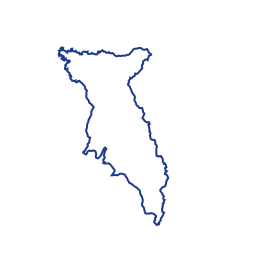 outline of Antônio João, Mato Grosso do Sul, Brazil, rotated 246°
{"feature_id": "56859067B56102321418864", "entity_name": "Antônio João", "entity_type": "district", "adm_level": 2, "iso_a3": "BRA", "parent_name": "Brazil", "parent_adm1": "Mato Grosso do Sul", "projection": "albers", "projection_center": [-55.96, -22.223], "detail": "fine", "context": "isolated", "style": "outline", "palette": "blue", "viewbox_px": 256, "rotation_deg": 246, "n_neighbors": 0, "source": "geoboundaries", "source_scale": "gbopen_adm2", "svg_char_len": 5876}
<svg xmlns="http://www.w3.org/2000/svg" viewBox="0 0 256 256"><g transform="rotate(246 128 128)"><path d="M226.8,100.8L226.4,99.6L225.9,98.5L226.7,97.5L226.8,96.4L225.7,96.4L224.7,95.9L224.1,95.2L223.4,94.6L222.1,94.5L222.9,95.6L222.1,96.6L220.9,96.3L220.7,97.6L219.3,98.5L218.3,97.9L218.9,96.6L218.4,95.5L217.7,96.2L216.6,96.4L215.7,97.2L216.6,98.0L216.8,99.5L215.4,99.3L214.1,99.7L213.9,101.2L213.1,102.1L212.3,101.7L212.0,100.6L212.1,99.5L212.0,98.4L211.3,97.3L210.9,96.3L209.9,96.6L209.2,95.4L208.5,94.7L207.3,94.5L206.7,95.2L206.8,96.8L205.7,96.3L204.9,95.7L203.3,96.1L202.4,96.8L201.5,96.9L200.6,96.8L200.0,96.1L199.6,96.9L198.7,97.2L197.9,97.1L197.8,95.9L196.8,95.4L195.3,96.0L193.8,96.2L193.4,97.1L192.8,98.1L192.7,99.4L191.6,98.9L190.8,99.4L190.5,100.5L191.2,101.6L190.8,102.9L189.7,103.1L188.6,103.7L187.6,104.3L186.2,104.6L184.4,105.4L182.9,105.4L181.0,104.8L179.8,105.4L178.7,105.6L177.5,104.5L176.1,103.8L175.3,103.7L174.6,103.1L173.7,102.6L172.5,102.5L170.9,102.6L169.7,103.2L168.8,103.3L168.0,103.0L166.8,102.9L165.8,103.5L163.6,104.5L162.0,104.8L161.0,105.2L160.2,104.4L159.4,102.9L157.7,101.0L155.7,100.3L155.0,99.8L152.4,96.7L152.0,95.7L151.0,95.1L150.1,94.4L149.5,93.7L148.5,93.0L147.9,92.1L147.1,91.7L145.7,91.0L144.9,90.5L144.2,90.0L143.3,88.9L140.9,88.4L139.5,88.4L138.2,88.4L137.0,87.8L135.5,88.6L134.5,89.5L133.8,88.6L132.6,88.0L131.8,87.4L131.1,87.0L130.4,86.5L130.2,85.5L129.6,84.4L127.9,84.1L126.9,82.7L126.4,81.4L125.6,80.6L124.6,79.3L124.5,77.7L123.6,77.0L122.9,77.7L121.9,78.2L120.9,78.8L121.7,80.3L122.6,81.2L123.2,82.4L123.0,83.7L122.1,84.5L121.7,86.8L120.9,88.1L120.0,88.7L119.2,88.7L117.4,88.4L116.7,88.1L115.4,87.1L113.8,86.8L112.5,88.1L112.7,89.4L113.1,90.4L114.3,92.5L117.8,96.3L119.0,97.8L119.4,99.2L117.7,99.7L117.0,99.0L116.8,98.0L115.7,97.2L115.1,96.5L114.0,95.9L113.3,95.0L112.5,94.7L111.7,94.8L110.5,94.8L109.6,94.1L109.7,93.2L108.9,92.5L107.8,92.0L106.5,92.7L106.0,91.2L105.1,92.1L104.6,93.2L103.8,95.6L102.8,96.6L101.2,97.2L94.9,98.7L93.6,97.8L91.4,94.0L91.0,95.1L90.5,96.5L89.9,98.0L89.2,98.7L89.2,100.2L89.5,101.9L89.2,102.8L88.1,104.8L86.5,106.2L85.2,106.2L83.9,106.4L82.6,106.8L81.6,106.6L80.5,106.6L79.4,106.8L77.7,106.8L75.9,108.2L74.0,109.2L72.7,110.0L71.4,110.4L70.6,111.3L69.6,112.0L68.7,112.1L67.9,112.6L66.9,113.0L66.0,113.2L64.7,113.0L63.2,112.5L62.3,112.6L61.1,112.4L60.2,112.8L59.1,112.7L56.2,112.2L54.9,111.5L53.9,110.9L53.1,109.9L52.3,109.5L51.3,109.5L49.3,110.0L47.6,109.9L44.4,109.2L43.3,109.1L42.3,109.9L41.7,111.5L41.2,112.5L40.8,114.4L40.2,115.3L39.3,116.5L38.2,117.1L36.2,117.8L35.4,117.5L35.1,116.4L33.9,115.8L32.8,115.5L32.6,114.4L31.3,113.5L29.4,114.3L28.3,114.5L27.6,115.1L28.1,115.9L27.4,117.0L28.1,117.8L29.0,117.7L29.7,118.8L30.2,120.3L31.2,120.7L32.0,121.2L32.5,122.2L33.3,123.1L33.8,124.1L34.5,124.9L35.5,125.6L35.9,126.5L36.8,125.9L37.4,125.3L39.0,125.7L40.4,126.2L40.9,127.1L41.9,127.3L42.6,128.0L43.5,128.7L44.7,128.9L45.0,130.4L46.2,130.7L46.9,131.2L47.4,132.2L48.1,131.5L49.1,131.5L50.0,131.9L50.5,132.6L51.5,133.0L52.4,132.5L53.3,132.5L54.1,132.8L55.1,132.5L56.1,132.2L57.1,131.9L58.3,132.3L59.7,134.8L59.7,137.6L59.9,138.6L60.6,139.1L61.3,140.0L62.1,140.4L62.9,140.6L63.5,141.5L64.7,142.2L65.2,143.4L66.2,144.6L67.3,144.3L68.7,144.6L69.6,144.2L70.3,143.6L70.9,143.0L71.9,143.7L72.3,145.0L72.7,145.8L73.2,145.0L74.3,145.1L75.3,145.5L76.3,145.6L76.5,147.1L77.7,147.1L78.8,147.6L80.0,147.3L80.4,146.4L81.1,147.0L82.0,146.3L83.0,146.1L83.9,146.6L84.9,146.9L86.2,147.1L87.3,147.1L88.0,146.5L88.9,146.7L89.3,145.5L89.6,144.0L90.6,143.7L90.8,142.9L92.0,143.0L93.0,143.6L93.9,143.7L94.7,144.2L95.9,144.7L97.1,145.2L98.3,146.0L99.0,146.7L99.8,147.0L101.2,146.9L102.3,146.4L103.4,147.0L105.0,147.4L106.3,147.3L106.8,146.6L107.2,145.6L108.0,144.7L108.9,144.4L110.1,144.5L111.2,144.9L112.5,145.0L113.5,146.1L114.3,146.5L115.3,146.2L116.1,146.0L116.7,146.8L118.9,147.2L120.4,147.6L121.4,147.9L122.5,147.7L123.1,148.6L122.9,149.5L123.9,149.4L124.8,149.5L125.6,147.4L126.2,146.8L127.4,146.3L128.6,145.9L129.8,145.8L130.9,145.2L131.8,145.7L133.5,147.9L134.4,148.8L135.9,148.3L137.9,148.6L139.4,148.9L140.5,149.1L141.1,147.8L141.4,146.8L142.3,146.3L143.4,146.1L144.2,145.6L144.9,145.3L145.8,145.1L146.7,145.2L148.1,145.4L149.3,145.2L150.3,145.0L151.1,145.3L152.8,146.5L153.7,147.0L155.0,147.0L156.7,146.6L158.1,146.3L159.2,146.3L160.3,146.2L161.8,146.4L164.6,146.4L165.8,146.3L166.8,145.7L168.2,145.8L168.9,147.3L170.7,147.7L171.9,149.8L172.9,150.4L172.0,150.8L172.0,151.9L172.8,153.1L172.7,154.2L173.0,155.4L173.8,156.1L174.8,156.6L173.8,158.1L174.0,159.3L174.9,161.3L175.6,162.7L176.1,163.9L177.0,165.5L178.8,165.7L180.2,166.9L180.4,167.8L181.7,168.5L182.7,168.7L183.4,171.6L183.1,172.8L182.0,173.5L185.4,176.4L185.5,178.9L186.3,179.0L187.4,178.3L188.7,177.6L189.6,177.9L192.5,177.4L192.6,175.4L193.1,174.2L194.2,173.1L195.6,172.6L196.3,171.1L196.9,169.9L196.8,168.8L197.6,166.5L197.7,165.1L195.9,161.7L195.1,159.8L194.6,158.9L194.9,157.7L195.3,156.1L195.2,155.2L195.5,154.0L196.2,152.9L196.5,151.9L196.6,150.9L197.2,149.7L198.0,148.6L197.8,147.3L198.6,146.3L200.0,145.3L201.1,145.2L202.8,144.3L203.0,143.0L204.0,141.7L205.1,141.4L204.9,140.2L205.5,138.9L206.8,138.3L207.6,137.6L207.7,136.8L208.6,136.6L209.5,136.2L209.2,135.4L208.9,133.9L208.5,132.5L209.7,132.7L210.0,131.9L209.3,131.2L208.5,130.4L207.9,129.6L208.5,128.1L209.5,127.4L210.2,125.9L211.1,125.7L211.0,124.8L211.2,123.0L211.9,121.7L212.9,121.4L214.2,122.2L214.5,120.5L215.3,119.6L215.9,118.6L215.7,117.3L215.0,116.2L214.0,116.1L214.2,115.0L215.2,114.8L215.2,113.8L216.7,114.0L217.2,112.9L217.7,112.0L219.7,111.7L219.3,110.8L220.3,109.3L221.1,108.8L222.1,108.8L223.1,109.4L223.4,108.4L222.8,107.6L221.3,107.3L221.4,106.4L223.0,104.9L222.5,103.8L221.5,103.3L222.3,102.5L223.6,102.3L225.5,100.5L226.8,100.8ZM226.8,100.8L227.5,101.4L228.2,100.7L228.6,99.8L228.1,98.9L227.4,99.5L226.8,100.8Z" fill="none" stroke="#1e3a8a" stroke-width="2"/></g></svg>